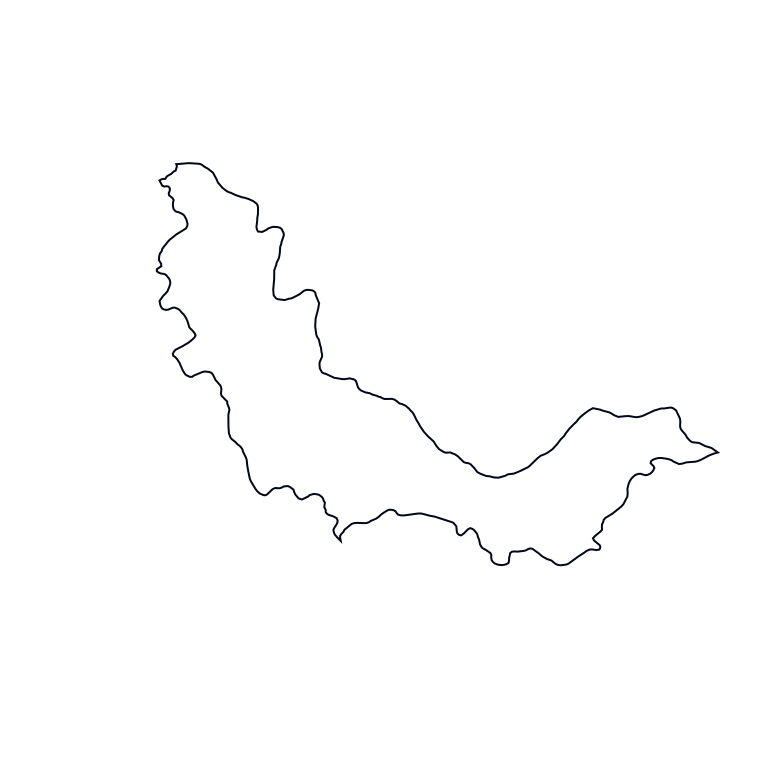 VII-1 Cuyuni, Cuyuni-Mazaruni, Guyana (Natural Earth projection), rotated 219°
{"feature_id": "73187651B99697298922199", "entity_name": "VII-1 Cuyuni", "entity_type": "district", "adm_level": 2, "iso_a3": "GUY", "parent_name": "Guyana", "parent_adm1": "Cuyuni-Mazaruni", "projection": "natural_earth1", "projection_center": [-59.979, 6.583], "detail": "fine", "context": "isolated", "style": "outline", "palette": "ink", "viewbox_px": 768, "rotation_deg": 219, "n_neighbors": 0, "source": "geoboundaries", "source_scale": "gbopen_adm2", "svg_char_len": 6156}
<svg xmlns="http://www.w3.org/2000/svg" viewBox="0 0 768 768"><g transform="rotate(219 384 384)"><path d="M639.0,341.7L637.0,338.7L632.9,337.2L631.2,335.4L632.8,330.3L631.5,328.7L629.6,328.7L627.5,329.2L623.6,331.4L621.3,331.5L616.9,330.5L614.8,329.2L613.3,327.6L612.1,324.7L610.6,319.7L610.7,316.7L611.1,314.0L610.7,307.3L607.7,304.7L605.9,303.7L603.9,303.1L602.1,303.4L599.9,304.5L598.4,306.2L596.2,310.3L594.7,311.7L591.2,312.8L588.7,312.8L586.2,312.2L583.3,312.0L578.9,310.5L575.4,308.6L571.4,305.8L569.6,305.2L567.1,305.1L562.8,304.2L560.9,303.0L560.6,300.7L560.8,298.5L561.9,293.3L564.4,286.5L567.5,279.6L567.7,277.1L567.1,274.6L565.5,273.3L563.2,273.5L560.8,273.2L556.4,271.8L548.9,267.9L545.2,266.6L543.3,266.4L539.4,267.4L537.6,268.8L537.1,270.8L532.8,278.8L531.1,281.0L527.6,283.2L525.2,284.1L522.8,283.6L517.2,281.0L510.3,279.9L508.7,279.0L507.2,277.8L504.7,274.0L502.9,272.6L494.8,271.7L493.3,270.0L489.6,268.0L488.0,266.8L485.5,262.0L478.4,253.4L473.5,248.1L469.5,245.7L467.3,245.3L463.2,245.4L459.3,244.9L457.5,245.1L455.2,244.8L453.1,244.2L450.8,242.6L444.9,239.9L442.8,238.5L439.4,235.0L435.6,231.6L428.9,226.1L426.6,224.8L417.9,221.6L415.6,221.0L411.8,220.7L407.8,221.8L406.1,222.9L405.3,224.8L404.4,232.3L403.0,234.8L399.7,237.1L398.3,239.1L397.5,241.2L394.5,244.2L392.2,244.8L387.8,244.9L385.6,243.4L383.3,242.3L378.7,241.4L376.9,241.8L375.1,242.6L372.2,248.7L371.8,251.0L369.3,254.5L365.4,256.8L363.5,257.1L361.3,257.1L359.5,256.7L357.3,255.3L355.3,254.6L352.9,250.7L350.0,249.4L348.6,247.7L346.4,247.2L344.3,247.6L340.3,249.2L336.4,249.9L334.2,248.8L333.0,247.0L332.4,244.2L332.2,241.5L331.6,238.9L329.8,237.3L327.7,236.1L324.1,235.4L318.9,234.8L320.9,236.5L322.5,238.3L322.8,240.8L322.5,243.4L323.0,245.8L321.1,254.9L319.8,256.9L317.7,259.0L311.8,263.4L310.1,264.9L308.8,266.9L308.1,269.3L305.3,274.6L304.5,277.5L304.1,280.7L303.2,283.9L301.4,288.9L299.7,290.5L297.1,292.0L294.8,292.3L292.8,291.6L290.7,291.4L287.9,292.7L285.6,294.6L276.4,304.4L274.6,306.0L272.8,307.2L265.6,310.4L261.0,312.9L244.7,319.2L242.7,319.8L238.3,319.0L234.6,315.2L232.7,314.0L230.7,314.0L228.8,314.9L227.9,317.9L227.3,323.9L226.3,326.2L224.2,327.0L222.2,327.2L217.3,326.1L214.8,324.3L212.2,322.9L208.4,319.8L206.5,319.0L204.5,318.4L200.0,319.2L194.9,319.6L192.8,318.5L191.6,316.7L189.5,314.9L187.5,314.3L185.2,314.2L183.0,314.8L180.7,315.9L178.4,317.5L176.9,319.0L175.6,320.8L174.6,323.2L175.6,325.3L177.3,327.6L179.5,332.1L179.0,334.3L176.7,336.4L174.8,337.7L170.4,342.2L169.0,344.1L168.2,346.3L166.8,348.3L165.0,349.3L156.8,349.8L152.5,349.6L147.1,350.6L142.7,352.2L138.6,352.1L136.3,352.4L134.4,353.2L132.6,354.3L128.7,358.4L127.5,360.6L124.5,372.0L122.2,379.1L121.7,381.4L120.2,384.4L118.5,386.2L114.3,388.7L112.4,391.0L113.2,393.4L114.9,394.5L122.3,394.6L124.5,395.6L124.3,399.1L122.9,405.6L122.8,407.9L124.6,409.9L126.3,412.2L126.7,414.6L127.8,416.7L127.6,419.6L124.9,426.9L122.5,437.9L122.3,441.2L124.0,449.6L125.6,452.1L128.9,455.8L131.0,460.1L131.9,463.2L132.2,466.7L131.9,469.1L131.4,471.5L130.0,473.9L128.3,475.6L123.6,477.5L122.1,479.1L120.7,481.7L120.3,484.2L120.4,486.5L121.0,488.8L122.7,489.8L126.9,490.2L127.9,492.2L127.3,494.5L126.1,496.6L124.3,499.0L122.0,501.0L117.5,503.7L114.9,505.0L112.4,505.8L110.2,505.9L104.5,507.4L102.4,509.4L99.6,513.5L93.5,519.2L92.0,521.1L90.8,523.0L89.7,525.2L86.4,533.0L83.8,537.6L81.4,540.9L89.2,540.4L95.3,537.9L102.0,536.5L108.0,532.6L110.8,532.5L114.8,533.1L117.6,534.3L123.6,535.4L125.8,536.2L127.3,537.5L130.1,541.3L132.1,543.3L140.3,547.3L144.2,547.1L146.0,546.4L147.6,544.9L150.9,541.3L153.1,539.5L157.2,533.6L163.0,521.8L165.0,519.1L167.2,516.8L173.5,513.2L176.0,511.1L181.2,505.9L185.6,504.5L188.1,504.3L190.9,503.8L197.4,500.9L199.9,500.1L206.4,496.7L208.2,492.3L209.4,487.8L210.5,482.6L210.8,479.3L210.7,475.7L211.2,472.3L211.8,465.8L211.7,459.7L211.3,457.1L211.8,452.1L211.6,446.4L212.0,439.5L213.6,433.7L214.7,431.1L217.1,426.8L218.0,422.8L219.2,412.6L219.7,410.1L222.9,403.1L225.8,397.6L226.9,395.9L230.9,391.7L232.0,389.0L236.0,383.3L239.7,380.6L243.9,378.7L246.6,376.9L252.2,375.0L254.3,374.6L256.2,374.3L261.0,375.5L266.4,376.1L268.3,375.7L270.5,374.4L272.7,373.5L281.1,374.3L284.5,374.0L289.4,372.5L293.0,369.3L295.0,368.7L300.1,368.0L304.5,368.9L309.3,370.6L316.6,371.0L323.1,372.0L329.9,374.1L332.1,375.1L335.7,376.3L341.9,379.2L344.1,379.9L346.8,380.1L349.1,380.6L353.5,380.7L357.6,379.7L359.7,378.6L363.9,378.7L366.3,378.4L368.3,377.6L374.0,372.8L376.3,371.9L378.3,371.7L380.2,370.7L382.1,370.3L386.6,368.4L389.2,367.9L393.1,365.8L397.7,364.5L400.0,364.5L402.2,365.1L407.5,368.6L409.6,368.9L414.2,366.8L417.2,363.4L419.1,361.8L426.6,357.5L435.5,355.3L437.5,354.4L439.4,354.0L443.6,355.7L446.9,359.1L447.9,360.9L449.3,366.2L450.7,368.0L452.7,369.5L456.0,372.7L457.9,373.8L461.7,376.9L463.4,377.9L465.6,378.5L467.6,379.7L473.6,385.3L478.3,391.8L482.5,401.0L485.2,405.9L493.0,410.1L494.6,411.6L496.6,412.0L498.5,411.7L502.0,409.6L503.6,408.2L504.9,406.1L505.9,401.3L506.7,399.1L508.8,394.5L509.9,392.2L511.6,390.4L514.0,386.7L519.7,383.2L521.9,382.6L525.5,383.5L529.4,387.5L535.3,396.3L540.9,403.4L542.7,408.7L543.8,410.8L544.9,415.7L547.1,419.8L551.0,425.3L551.9,427.9L553.0,429.9L555.4,436.5L557.1,438.2L561.0,440.0L563.4,439.9L565.6,438.9L569.5,436.0L571.9,432.0L572.4,429.7L574.4,425.5L577.9,423.2L580.3,424.3L582.0,425.8L585.5,431.4L586.9,433.2L589.0,436.9L593.1,442.0L594.8,443.4L596.7,444.0L600.9,443.8L605.5,442.6L609.6,441.0L611.3,440.0L618.3,437.4L623.4,436.2L625.6,435.3L628.2,434.9L633.1,434.8L639.7,436.0L643.6,438.0L649.9,440.6L656.4,440.5L660.5,439.8L663.1,439.8L665.0,439.4L666.8,438.4L674.6,432.9L683.8,424.1L682.0,423.0L680.2,418.6L681.1,417.0L681.6,413.4L683.2,409.4L683.4,408.0L683.0,406.2L683.4,405.3L684.7,404.5L686.0,402.5L686.6,400.9L681.0,398.5L678.8,399.3L677.6,400.8L675.7,401.8L673.5,401.3L672.1,399.2L671.3,396.7L669.8,395.4L665.3,395.4L663.2,394.5L662.2,392.3L661.0,390.6L659.5,389.0L657.6,387.6L655.8,387.1L653.8,387.2L652.0,388.2L647.5,389.3L645.2,389.2L641.2,387.5L637.5,384.9L636.3,382.9L635.8,380.2L639.5,369.6L641.3,361.4L641.5,358.7L641.5,351.5L641.3,349.3L640.4,347.4L640.2,344.1L639.0,341.7Z" fill="none" stroke="#020617" stroke-width="2"/></g></svg>